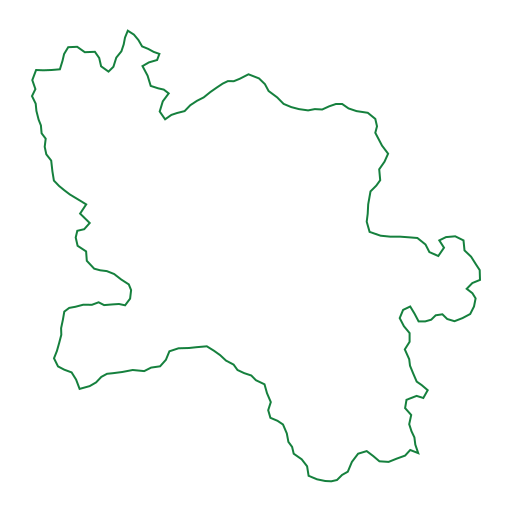 outline of Porto Firme, Minas Gerais, Brazil
{"feature_id": "56859067B44651829175554", "entity_name": "Porto Firme", "entity_type": "district", "adm_level": 2, "iso_a3": "BRA", "parent_name": "Brazil", "parent_adm1": "Minas Gerais", "projection": "orthographic", "projection_center": [-43.082, -20.666], "detail": "fine", "context": "isolated", "style": "outline", "palette": "green", "viewbox_px": 512, "rotation_deg": 0, "n_neighbors": 0, "source": "geoboundaries", "source_scale": "gbopen_adm2", "svg_char_len": 2983}
<svg xmlns="http://www.w3.org/2000/svg" viewBox="0 0 512 512"><path d="M127.8,30.7L125.0,37.6L123.7,44.4L121.4,51.3L116.3,57.6L113.4,66.8L108.5,71.6L101.1,66.3L99.2,58.0L94.9,51.8L84.8,52.2L77.2,46.8L68.2,47.2L64.1,54.0L62.5,60.8L59.9,69.3L51.6,70.0L43.4,70.3L36.1,70.0L32.3,80.1L35.4,89.1L32.0,96.1L35.7,103.7L36.4,110.9L38.6,119.6L40.9,125.4L41.6,133.3L45.7,138.7L44.7,146.8L46.3,154.3L51.2,160.6L52.4,171.3L53.9,180.6L59.1,186.0L64.1,190.1L69.9,194.5L78.2,199.5L86.2,204.4L80.1,213.6L84.8,218.2L89.7,223.0L84.2,229.2L77.3,230.8L75.7,237.5L77.6,245.8L86.1,251.4L86.8,260.8L94.2,268.7L100.2,270.3L106.8,271.1L114.1,274.0L121.2,279.5L128.8,284.4L131.1,290.1L130.1,298.6L125.1,305.3L119.0,304.0L112.7,304.4L104.1,305.1L98.6,302.3L91.9,304.8L83.3,304.7L75.3,306.8L69.2,307.9L64.3,311.6L62.9,319.7L61.1,328.2L61.3,334.8L59.1,343.2L56.9,351.0L54.0,358.3L58.0,366.4L64.3,369.7L71.6,372.4L76.1,379.6L79.6,388.9L89.7,386.1L96.1,382.4L101.3,376.9L107.0,373.8L112.9,373.2L122.2,372.0L132.7,370.0L144.2,371.1L151.1,367.6L160.1,366.3L165.9,359.8L169.4,351.3L178.5,348.3L189.0,348.0L196.4,347.2L206.8,346.3L213.9,350.7L220.2,355.2L226.0,360.6L233.6,364.6L237.5,370.0L244.1,373.1L251.3,375.5L255.9,380.2L264.5,384.3L267.0,393.2L270.8,402.1L268.2,410.2L270.4,417.8L277.5,420.8L283.0,424.5L286.8,433.4L288.4,441.9L292.1,446.9L293.7,453.7L301.7,459.3L307.1,466.3L308.6,475.8L317.0,479.3L325.2,481.0L331.3,481.3L337.0,480.0L342.1,474.9L347.8,471.7L351.9,461.9L358.1,453.7L366.7,451.1L373.3,456.1L379.4,461.3L388.6,461.9L396.8,458.6L405.1,455.6L410.2,450.0L418.2,453.1L415.3,444.6L414.4,437.4L411.5,431.3L409.2,424.2L411.2,415.0L405.1,408.1L406.5,399.8L416.6,395.9L423.3,398.0L427.7,390.2L421.7,385.1L416.7,381.6L413.2,373.5L410.0,365.7L409.2,359.2L404.8,349.4L409.6,341.8L409.6,333.1L403.9,326.2L399.7,318.1L403.1,309.9L410.2,306.5L414.5,313.6L418.6,321.4L425.2,321.4L431.2,319.7L435.7,315.3L442.4,314.3L447.2,319.0L454.5,321.2L462.5,318.1L470.2,314.0L474.0,306.5L475.6,298.4L472.4,293.2L466.7,288.8L472.4,283.0L480.0,279.9L479.7,270.1L475.9,264.3L471.1,256.7L464.5,250.4L463.5,240.4L455.2,236.3L446.0,237.1L439.3,240.4L444.0,247.7L438.3,256.0L429.4,252.1L425.5,244.5L417.4,238.0L408.8,237.3L400.5,236.7L390.6,236.7L380.6,235.7L369.6,231.9L366.7,221.7L367.7,213.8L368.2,204.3L370.5,191.4L376.3,185.6L380.2,180.2L379.2,169.3L384.5,161.7L388.1,153.7L382.0,145.6L378.4,138.7L375.3,132.8L377.0,126.3L375.3,118.9L367.8,112.8L356.5,111.1L348.5,108.4L342.2,104.0L335.9,104.0L329.2,106.3L322.2,109.5L314.8,109.1L308.1,110.4L298.9,109.1L291.3,107.1L283.6,103.9L277.2,97.4L268.6,91.0L264.9,84.1L259.0,78.4L248.5,74.3L239.7,78.8L233.8,81.2L227.9,81.1L222.7,83.6L216.7,87.6L210.4,92.0L203.7,97.4L197.0,100.8L190.3,105.2L184.6,111.1L177.1,113.0L171.4,114.9L165.1,119.3L159.7,111.5L162.8,101.3L168.7,93.4L163.8,89.6L158.1,88.3L150.7,85.9L147.6,75.7L142.5,66.1L148.9,62.4L157.1,60.0L159.4,53.9L153.7,51.9L148.2,48.9L142.1,46.4L138.4,40.0L133.9,34.6L127.8,30.7Z" fill="none" stroke="#15803d" stroke-width="2"/></svg>